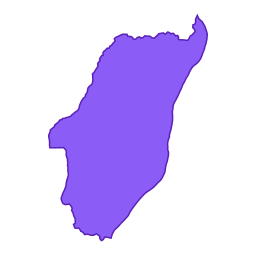 Tupirama, Tocantins, Brazil (orthographic projection)
{"feature_id": "56859067B25409387280725", "entity_name": "Tupirama", "entity_type": "district", "adm_level": 2, "iso_a3": "BRA", "parent_name": "Brazil", "parent_adm1": "Tocantins", "projection": "orthographic", "projection_center": [-48.257, -8.94], "detail": "fine", "context": "isolated", "style": "filled", "palette": "violet", "viewbox_px": 256, "rotation_deg": 0, "n_neighbors": 0, "source": "geoboundaries", "source_scale": "gbopen_adm2", "svg_char_len": 3389}
<svg xmlns="http://www.w3.org/2000/svg" viewBox="0 0 256 256"><path d="M198.5,61.7L200.8,58.4L204.5,48.7L205.0,46.2L205.9,43.8L206.9,39.1L207.1,36.4L207.3,34.1L206.7,31.8L205.7,28.7L205.0,26.6L202.3,21.8L200.6,20.4L198.9,18.7L197.3,15.4L196.3,17.6L195.6,19.2L195.6,21.3L195.2,23.9L192.9,24.9L192.8,27.7L194.7,29.6L195.0,31.9L193.2,33.6L192.1,34.9L190.2,36.1L189.0,38.7L187.5,40.4L185.4,40.1L183.2,39.9L181.4,39.8L179.5,39.8L178.1,38.8L178.7,37.2L177.6,35.4L175.5,35.9L174.2,34.1L172.8,33.2L170.9,33.9L169.3,32.5L167.7,32.0L165.4,34.2L163.3,32.9L161.1,33.3L158.8,33.7L157.3,35.4L155.9,36.5L154.4,38.2L151.8,37.7L149.8,36.1L147.4,36.2L144.9,35.8L142.8,37.7L140.8,38.0L139.6,36.9L137.4,37.4L135.6,39.2L133.9,39.3L132.7,37.8L131.4,36.6L129.4,36.4L127.8,36.3L126.9,34.2L125.3,34.4L123.4,34.1L120.7,35.0L118.3,36.3L116.1,37.2L114.3,38.7L115.2,41.1L113.2,43.0L111.5,45.3L109.8,46.2L109.3,48.1L107.2,48.2L105.4,50.1L103.8,51.4L102.9,53.0L103.2,55.1L101.7,55.6L100.5,57.3L99.5,59.1L100.1,60.7L98.5,62.2L97.6,63.8L98.0,66.2L96.8,68.0L95.5,70.0L94.1,72.4L92.5,73.9L92.7,76.4L92.8,78.3L92.9,80.3L92.5,82.3L92.1,84.1L90.5,85.3L89.0,86.7L88.0,88.0L87.6,89.9L87.2,92.4L85.6,94.6L85.1,97.0L83.6,97.9L82.5,99.4L81.3,101.4L80.3,103.6L79.5,105.7L79.2,107.5L78.3,109.7L76.6,111.3L75.0,112.2L73.4,113.7L72.0,114.7L70.8,116.2L68.6,117.0L66.6,117.5L64.8,118.2L62.7,118.5L61.4,119.7L59.8,120.0L58.4,122.1L56.5,123.6L54.9,124.8L54.5,126.4L52.6,128.1L50.4,129.8L50.1,131.7L49.6,133.2L48.8,134.8L48.7,136.6L49.2,138.9L49.5,141.2L49.6,142.9L49.5,144.9L49.8,147.7L53.1,147.8L59.9,147.7L63.6,147.7L65.0,149.0L66.2,150.9L66.3,152.7L66.1,155.0L66.8,157.4L67.5,159.3L67.5,161.4L67.8,163.1L67.5,165.5L68.1,167.8L67.8,169.8L68.0,171.8L68.3,173.6L68.3,175.7L67.6,178.0L66.7,180.5L66.2,183.4L66.0,185.7L65.3,187.8L64.2,190.5L62.9,193.2L62.0,195.7L61.4,197.5L61.2,199.4L62.0,201.6L63.0,203.6L65.5,204.7L67.4,204.3L69.5,204.1L71.0,206.0L72.2,208.2L71.6,210.5L72.9,212.6L73.7,215.7L75.1,218.6L75.3,221.5L75.2,223.4L73.5,224.3L74.1,226.0L74.7,227.9L76.4,228.3L78.7,228.0L80.0,229.6L80.7,231.2L82.9,232.2L84.6,234.6L86.7,234.2L89.2,234.6L91.2,235.3L93.5,235.3L95.0,234.6L96.3,233.7L98.0,235.0L99.8,236.3L99.7,237.9L100.3,239.4L101.4,240.6L103.1,239.7L104.7,237.2L106.8,237.1L109.1,237.7L111.1,238.1L111.7,235.9L112.4,233.8L113.4,231.9L114.5,229.9L116.0,228.6L117.3,227.4L118.6,226.1L119.7,224.8L120.9,223.4L122.6,221.7L124.5,219.8L126.2,217.9L127.5,216.5L128.5,215.2L129.2,213.7L130.4,211.4L131.5,209.7L132.8,207.9L134.2,206.0L135.5,204.3L136.7,202.7L138.0,201.1L139.8,199.0L141.3,197.3L142.7,195.8L144.0,194.4L145.6,192.9L147.6,191.5L149.3,190.4L150.6,189.4L152.4,188.2L154.1,186.7L156.2,184.6L158.0,182.6L160.1,180.7L161.6,178.9L162.5,177.2L163.6,174.9L164.8,172.4L165.3,169.4L165.6,167.0L166.0,165.1L166.7,162.9L167.3,161.1L167.7,158.9L168.2,156.5L168.5,154.6L168.5,152.3L167.7,149.6L167.8,147.0L167.6,144.7L167.7,142.5L168.1,140.7L168.7,138.8L169.4,136.9L169.4,135.0L169.8,133.4L170.4,131.5L171.1,128.7L171.7,125.6L172.1,123.2L172.5,121.0L172.6,118.3L172.6,115.9L172.4,113.6L172.4,111.3L172.8,109.2L173.0,106.9L173.5,104.5L174.4,102.3L175.4,100.8L177.3,97.1L178.2,95.3L178.9,93.6L179.6,92.0L180.6,90.0L181.6,87.8L182.8,84.7L183.9,82.7L184.8,81.2L185.4,79.7L186.5,77.7L187.9,75.5L189.1,73.1L189.9,71.2L190.7,69.7L192.0,67.7L193.6,65.8L195.2,64.7L196.8,63.4L198.5,61.7Z" fill="#8b5cf6" stroke="#5b21b6" stroke-width="1.5"/></svg>